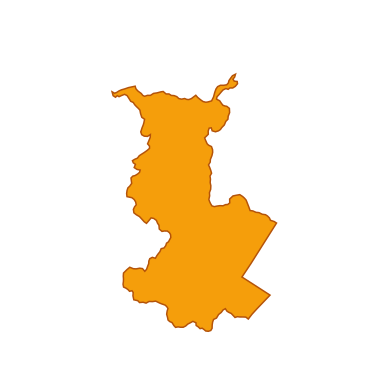 outline of Águia Branca, Espírito Santo, Brazil, rotated 213°
{"feature_id": "56859067B39883742727506", "entity_name": "Águia Branca", "entity_type": "district", "adm_level": 2, "iso_a3": "BRA", "parent_name": "Brazil", "parent_adm1": "Espírito Santo", "projection": "robinson", "projection_center": [-40.718, -18.996], "detail": "fine", "context": "isolated", "style": "filled", "palette": "amber", "viewbox_px": 384, "rotation_deg": 213, "n_neighbors": 0, "source": "geoboundaries", "source_scale": "gbopen_adm2", "svg_char_len": 3911}
<svg xmlns="http://www.w3.org/2000/svg" viewBox="0 0 384 384"><g transform="rotate(213 192 192)"><path d="M170.0,73.8L168.4,76.8L165.5,78.5L163.0,80.7L158.9,81.2L156.7,81.6L154.7,82.1L152.8,82.5L150.7,82.1L148.7,81.2L148.0,78.6L146.7,75.7L143.9,73.2L142.4,71.6L140.2,71.2L137.6,71.6L134.4,70.1L132.1,69.5L130.2,71.3L128.2,72.2L125.7,73.8L124.3,76.2L123.6,78.9L122.3,81.2L120.8,84.0L117.5,84.5L115.8,82.3L113.5,82.3L110.8,81.8L109.3,83.3L106.9,83.2L104.8,82.9L102.4,84.1L100.8,86.1L100.9,88.6L102.7,91.6L103.9,94.3L104.5,96.9L102.8,99.6L103.0,103.7L101.9,106.9L101.7,110.0L100.5,112.3L97.8,111.1L95.6,111.1L92.9,111.5L90.0,110.8L87.6,110.2L86.1,112.1L83.9,113.2L80.9,115.1L78.7,116.4L75.6,116.1L75.1,122.2L73.9,129.5L70.4,148.0L80.7,148.0L103.8,147.9L103.6,164.1L104.2,212.0L107.0,212.0L110.8,211.0L112.9,212.4L115.6,213.0L118.0,213.0L121.0,211.6L124.6,211.2L127.3,209.8L130.6,209.3L133.2,208.1L136.2,210.4L139.8,213.0L142.2,214.7L144.6,215.4L147.1,215.8L150.5,215.8L153.1,213.4L155.5,211.0L156.6,206.6L154.4,203.4L155.3,200.9L157.0,199.7L158.5,197.3L161.1,195.8L163.4,193.8L165.3,191.9L167.7,191.2L170.0,192.3L171.8,193.4L173.8,194.9L175.1,198.4L177.0,200.9L177.8,204.4L179.6,207.5L181.9,209.8L183.5,212.8L185.6,215.2L185.8,218.4L188.1,220.4L190.8,222.4L192.9,223.7L193.0,227.0L194.3,229.3L195.1,233.4L196.3,236.6L197.8,238.7L200.4,240.7L203.6,240.3L205.6,240.7L208.7,242.7L210.9,244.3L210.3,246.8L209.8,249.3L211.6,251.9L212.4,254.9L210.8,256.3L208.4,254.3L205.1,255.3L203.1,257.7L202.2,259.9L202.1,262.3L201.4,265.8L202.1,269.6L201.5,272.6L202.9,275.2L203.7,279.1L206.2,282.5L209.5,282.8L211.4,282.0L213.4,281.6L215.7,282.4L218.5,283.6L222.0,283.2L222.9,285.5L222.4,288.2L221.9,292.3L221.5,294.6L219.9,297.2L217.6,297.8L216.9,299.9L214.5,301.4L213.2,304.2L212.8,307.6L214.3,309.3L216.9,308.0L219.1,308.9L218.8,311.6L219.7,314.5L221.4,311.5L221.6,308.5L221.7,305.6L220.9,303.2L221.3,300.8L223.6,298.7L226.3,297.0L227.9,294.3L228.0,291.5L227.2,288.0L225.7,283.4L225.2,279.1L227.7,276.2L229.3,274.8L232.0,273.9L234.9,274.0L238.7,274.4L241.5,275.2L242.5,272.5L243.4,270.0L245.0,267.8L246.8,266.8L249.1,266.4L251.3,264.2L254.0,263.2L256.7,263.7L259.5,263.1L262.0,261.7L264.7,261.7L267.1,260.1L270.9,260.6L272.5,259.2L275.3,256.1L278.0,253.7L279.5,250.4L282.1,248.7L283.8,246.5L285.9,246.2L288.2,247.0L290.4,247.1L292.7,247.3L295.4,248.1L297.3,249.8L299.4,247.7L302.1,245.0L304.7,241.7L306.8,239.3L308.3,237.0L309.4,234.5L310.7,232.7L313.6,232.5L310.6,229.8L307.8,229.8L307.1,232.1L305.1,232.2L303.6,234.6L301.7,237.2L298.9,237.5L295.8,236.1L292.8,234.7L290.0,235.1L287.6,234.0L285.2,233.4L282.5,232.9L280.3,232.3L277.8,229.7L274.8,227.3L271.4,227.2L270.1,223.9L269.4,221.6L268.9,218.9L267.7,214.5L265.4,212.7L262.5,212.8L259.6,214.4L258.2,217.5L256.8,215.1L256.0,211.0L255.5,208.2L252.7,207.4L251.4,205.5L252.3,202.3L253.7,198.8L255.1,195.8L256.0,193.7L256.2,190.7L258.0,188.0L259.0,185.8L257.1,184.5L254.5,184.4L253.8,181.0L250.3,181.0L247.4,182.2L246.7,179.9L247.4,177.5L248.7,174.8L250.3,173.1L250.8,170.5L247.3,166.4L247.4,163.1L248.0,160.5L247.3,157.9L246.0,155.1L244.0,152.7L241.9,153.5L239.3,154.5L236.4,154.2L233.9,153.0L231.8,150.9L232.1,148.3L231.7,145.5L229.4,142.9L226.2,142.6L222.7,142.8L218.8,141.8L215.8,141.0L213.1,140.9L212.6,144.5L212.2,148.0L209.7,149.0L206.4,148.8L203.8,147.0L201.6,146.1L199.3,143.1L195.7,142.6L194.0,144.2L191.4,145.8L188.8,145.6L186.8,144.6L185.0,142.3L184.8,139.8L184.6,137.4L185.5,135.2L184.8,132.7L185.0,129.8L187.0,127.7L186.4,124.5L186.7,121.6L186.8,119.0L186.6,116.5L189.7,115.6L191.1,113.1L190.6,110.6L189.3,108.3L188.8,105.7L188.0,102.4L188.4,99.8L191.8,100.8L194.4,99.6L197.0,97.1L199.5,95.7L203.2,95.0L204.3,91.4L205.3,86.7L203.8,84.0L202.0,81.6L200.8,79.6L199.6,77.1L197.6,75.0L195.0,75.4L192.6,75.3L190.3,74.7L188.6,76.5L186.6,75.7L185.0,72.8L182.1,69.9L178.3,71.3L175.8,70.7L173.0,72.9L170.0,73.8Z" fill="#f59e0b" stroke="#b45309" stroke-width="1.5"/></g></svg>